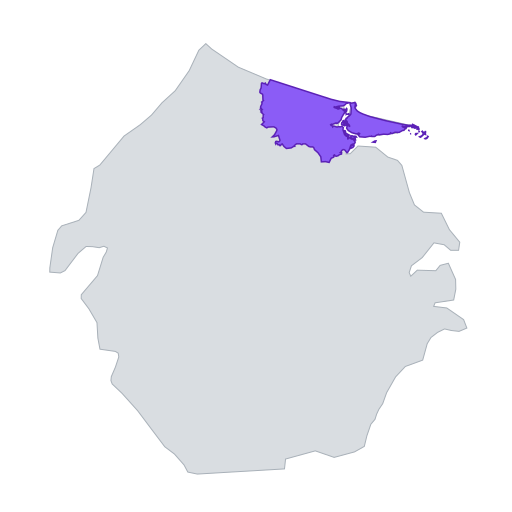 Bonthe, Southern, Sierra Leone shown in context, rotated 177°
{"feature_id": "65957751B90425188102960", "entity_name": "Bonthe", "entity_type": "district", "adm_level": 2, "iso_a3": "SLE", "parent_name": "Sierra Leone", "parent_adm1": "Southern", "projection": "albers", "projection_center": [-12.539, 7.5], "detail": "fine", "context": "in_parent", "style": "filled", "palette": "violet", "viewbox_px": 512, "rotation_deg": 177, "n_neighbors": 0, "source": "geoboundaries", "source_scale": "gbopen_adm2", "svg_char_len": 7593}
<svg xmlns="http://www.w3.org/2000/svg" viewBox="0 0 512 512"><g transform="rotate(177 256 256)"><path d="M462.8,250.7L462.5,255.0L458.6,274.9L452.5,292.1L448.4,296.3L431.0,300.9L423.5,308.4L417.2,332.7L413.2,351.8L407.2,355.0L381.5,382.7L364.7,393.2L353.0,402.2L341.9,413.9L328.0,425.3L313.0,444.6L302.3,464.5L295.0,470.7L289.5,465.1L263.8,445.5L236.8,432.4L179.2,410.4L160.0,404.2L160.7,396.4L167.3,382.2L156.6,365.4L160.7,353.2L156.6,353.2L148.4,360.5L130.8,358.4L119.2,347.9L109.7,344.1L105.6,338.8L99.5,311.2L95.1,298.7L86.4,291.0L68.7,289.0L61.5,272.2L51.8,259.1L53.4,251.1L61.3,251.5L67.5,257.4L77.6,259.8L90.1,245.7L101.3,238.1L103.9,231.4L102.5,227.7L95.7,233.4L77.2,231.9L72.6,237.0L64.3,238.7L57.9,222.1L58.2,212.4L60.9,201.7L79.6,199.9L81.2,196.4L68.2,194.1L52.0,181.6L49.2,173.0L57.2,170.1L64.9,171.4L71.5,173.3L78.7,170.2L85.5,165.5L89.6,159.5L95.0,143.3L112.6,137.9L122.9,128.0L132.7,112.7L137.2,101.9L141.3,96.5L143.8,91.8L145.7,86.7L150.1,82.0L154.7,70.6L157.8,60.2L167.9,55.2L188.5,50.8L207.0,58.3L237.1,51.7L238.7,41.9L266.2,41.7L298.9,41.5L326.0,41.3L335.4,43.8L338.8,51.1L347.8,62.5L357.1,70.3L368.8,87.6L382.3,107.7L397.0,125.9L406.3,135.7L407.4,139.2L406.8,143.1L402.2,152.4L398.3,162.4L398.7,166.2L401.5,168.1L416.7,171.1L418.2,182.3L418.3,197.8L425.7,212.1L432.8,222.7L432.5,226.5L415.3,244.7L408.7,262.7L405.3,267.8L403.9,271.8L407.4,273.7L412.1,272.5L418.8,273.9L425.2,274.4L433.6,267.9L447.5,251.4L452.3,249.3L462.8,250.7ZM154.4,397.3L152.4,400.9L143.3,392.0L95.8,378.5L109.2,371.4L142.2,369.4L151.9,373.5L156.3,377.0L157.9,383.5L154.4,397.3Z" fill="#d9dde1" stroke="#a8b0b8" stroke-width="1"/><path d="M242.1,390.8L240.7,389.6L243.6,387.0L241.5,385.7L240.1,384.3L238.5,383.4L237.2,384.1L231.5,384.1L229.5,382.9L228.5,381.4L228.7,380.1L231.2,376.1L233.5,374.1L231.8,374.1L227.3,375.2L226.1,370.8L226.1,369.9L226.9,369.1L227.4,368.9L229.5,369.5L230.3,369.3L230.8,367.9L230.4,366.8L230.1,367.3L229.3,367.4L228.9,367.1L228.3,365.9L227.0,365.9L226.3,364.9L225.7,365.0L224.9,366.2L223.9,366.5L222.3,363.9L220.0,361.8L215.2,362.1L212.6,363.5L212.0,363.5L212.3,363.8L211.6,364.5L209.7,365.9L206.0,365.7L204.8,364.8L204.2,364.8L203.4,365.5L200.7,365.4L197.5,362.6L195.9,362.1L193.7,362.0L192.7,361.3L192.0,359.1L188.7,355.9L186.1,351.7L185.8,346.6L181.6,346.6L178.1,345.6L175.8,349.7L173.3,350.6L172.9,351.7L173.2,352.2L172.5,352.9L172.2,352.8L171.9,351.8L170.6,351.4L168.6,351.9L167.3,352.9L165.3,353.3L165.1,354.7L166.2,355.0L165.5,355.5L164.9,356.8L163.6,357.7L162.5,357.6L161.7,357.1L159.9,354.5L159.3,354.4L157.3,357.2L155.5,361.7L153.9,362.6L151.8,363.0L150.9,364.6L152.9,367.5L154.7,367.8L156.5,369.6L157.5,368.3L158.2,368.2L158.2,370.4L159.7,371.0L161.2,372.6L162.4,376.9L162.5,378.0L162.1,379.7L163.1,380.8L163.7,381.0L165.0,380.5L166.8,380.9L168.3,380.5L171.7,381.7L172.6,380.9L172.9,381.9L174.2,382.5L174.6,383.2L173.8,383.7L173.0,383.4L169.1,384.7L168.8,384.2L167.7,384.3L166.0,385.6L163.9,387.6L163.2,389.8L159.5,395.5L161.1,396.9L162.8,398.8L163.7,399.1L166.4,398.4L167.4,399.1L169.9,400.1L170.2,400.4L170.0,401.0L169.0,400.6L165.7,401.3L161.2,401.4L159.4,402.2L157.8,403.7L156.2,403.8L155.0,404.4L164.3,406.0L172.9,408.6L232.5,431.3L235.5,426.1L237.0,426.8L237.6,428.2L238.8,427.6L240.9,428.6L241.5,428.1L242.0,424.2L242.3,423.1L243.1,421.9L243.6,419.4L243.1,418.5L241.1,417.3L240.8,416.3L240.9,411.6L240.4,410.9L242.3,409.4L241.9,408.8L242.3,407.2L243.5,405.1L243.8,403.1L243.0,403.1L242.9,402.4L242.3,402.1L242.6,401.9L242.7,401.0L243.4,401.2L242.8,400.5L243.5,399.7L242.7,399.3L243.0,399.0L242.6,398.5L241.0,396.8L241.3,396.5L241.5,395.7L241.6,393.8L242.5,393.3L242.1,392.4L242.1,390.8ZM146.2,369.6L140.7,368.9L136.2,369.6L134.8,369.4L134.3,369.7L134.1,369.3L131.5,369.1L130.5,369.5L129.6,370.3L127.2,371.1L126.8,370.5L122.2,371.0L118.2,370.5L115.6,371.0L115.2,372.0L113.8,371.1L110.7,372.3L109.1,372.2L108.4,371.8L108.1,372.1L106.7,371.9L103.0,373.7L101.8,373.7L99.8,375.7L102.9,377.3L103.4,378.6L102.8,377.8L100.5,377.3L99.3,377.8L96.2,377.2L94.8,378.0L94.8,378.5L97.2,378.6L103.1,379.9L119.6,384.4L135.0,389.3L141.8,392.2L144.9,393.8L147.3,395.5L147.4,395.0L147.3,395.5L149.2,398.2L149.5,399.2L148.6,403.3L149.9,404.0L153.8,403.5L154.2,403.0L153.1,398.7L153.8,392.8L154.8,391.6L157.5,389.7L158.0,388.8L158.6,388.9L159.2,388.0L159.1,387.5L159.4,387.5L159.5,387.2L159.1,386.2L158.8,386.4L158.6,385.8L158.0,385.7L157.7,383.7L156.3,382.3L155.8,381.5L155.8,380.6L156.1,380.6L156.6,381.6L157.5,381.9L158.7,379.5L158.8,378.8L157.3,376.5L153.8,374.1L150.2,372.9L148.8,372.7L147.0,373.4L146.1,372.9L146.3,372.4L147.7,371.7L147.3,371.1L146.2,369.6ZM154.8,371.0L155.1,370.5L154.7,369.1L152.5,368.0L151.5,366.6L150.5,366.6L150.8,368.4L152.5,370.4L153.6,371.0L154.8,371.0ZM91.8,376.1L91.0,375.4L90.6,375.4L90.8,376.0L90.7,376.4L91.4,377.3L93.2,377.9L92.9,378.5L92.6,378.5L92.9,377.9L91.9,378.5L91.2,378.2L92.0,377.8L91.5,377.9L91.2,377.4L90.4,377.4L89.7,376.8L89.7,377.1L89.5,376.6L90.1,375.8L89.4,375.7L89.2,376.4L88.4,376.8L92.8,379.3L94.0,377.1L93.7,377.0L93.5,376.1L91.8,376.1ZM82.7,369.1L83.2,368.2L84.4,367.2L86.4,366.5L85.7,366.0L84.8,366.4L81.9,368.8L81.3,369.1L80.9,369.0L80.9,369.3L80.8,368.7L81.4,369.0L80.3,368.5L80.6,370.6L80.4,371.3L80.3,370.8L80.1,370.9L80.2,371.4L80.5,371.4L80.7,370.7L81.4,370.6L83.0,371.1L83.4,371.9L83.8,371.6L82.8,370.3L82.7,369.1ZM155.8,358.5L153.6,359.3L152.3,360.8L152.4,361.5L153.4,361.7L155.4,361.1L155.8,358.5ZM162.5,385.4L162.6,384.9L163.4,384.6L163.7,383.2L163.6,382.8L162.3,382.2L161.1,383.1L161.8,384.9L162.5,385.4ZM159.7,371.7L156.7,372.0L159.3,373.6L160.9,373.9L160.2,372.2L159.7,371.7ZM165.2,400.9L167.1,400.7L168.2,399.7L167.2,399.4L165.0,400.2L165.2,400.9ZM133.3,363.6L130.9,363.2L130.2,364.7L131.4,364.6L133.3,363.6ZM160.2,397.9L160.5,397.1L159.0,395.7L158.6,396.5L159.5,397.9L160.2,397.9ZM90.0,369.9L90.5,369.3L90.1,368.6L88.6,369.9L90.0,369.9ZM88.6,374.3L87.2,374.0L87.3,375.5L87.6,374.8L88.2,375.3L88.6,374.3ZM161.1,376.6L161.3,375.9L160.2,374.9L160.1,375.8L160.4,376.4L161.1,376.6ZM78.6,365.4L81.2,364.5L81.3,364.4L80.6,364.1L79.7,364.3L78.9,364.8L78.6,365.4ZM160.3,385.5L160.2,384.6L159.5,383.5L159.1,384.3L160.3,385.5ZM88.7,375.8L88.5,375.2L88.2,375.7L86.9,375.8L86.6,375.6L87.2,376.4L88.7,375.8ZM161.8,382.1L160.7,381.4L160.4,381.5L160.7,382.5L161.8,382.1ZM158.7,384.0L159.2,383.2L159.1,382.6L158.5,382.6L158.4,383.8L158.7,384.0ZM99.2,376.7L100.1,376.3L99.5,375.6L98.9,376.4L99.2,376.7ZM161.8,386.6L161.8,385.9L161.4,385.2L161.1,386.7L161.8,386.6ZM150.7,370.4L150.1,369.6L149.5,369.5L149.9,370.3L150.7,370.4ZM156.8,392.7L155.9,392.6L155.8,393.2L156.2,393.3L156.8,392.7ZM90.6,377.3L90.6,376.4L90.7,376.0L90.5,375.8L90.2,376.7L90.6,377.3ZM158.1,395.9L158.7,395.5L158.8,394.9L158.1,395.6L158.1,395.9ZM157.8,398.5L158.0,398.0L157.6,397.5L157.5,398.1L157.8,398.5ZM148.4,402.2L147.9,401.1L148.0,400.7L147.8,401.3L148.4,402.2ZM160.6,398.0L160.9,397.6L160.6,397.2L160.3,397.8L160.6,398.0ZM161.3,375.4L160.8,374.8L160.3,374.8L160.7,375.3L161.3,375.4ZM160.4,396.6L160.3,396.3L159.6,396.1L160.1,396.6L160.4,396.6ZM158.9,382.5L159.1,382.2L158.9,381.8L158.5,382.1L158.9,382.5ZM86.9,372.5L86.6,371.7L86.1,371.1L86.9,372.5ZM86.9,374.1L86.5,374.2L86.4,374.5L86.6,374.2L86.7,375.1L86.9,374.1ZM78.9,367.1L77.4,365.6L78.0,366.4L78.9,367.1ZM148.6,402.3L148.3,402.3L148.3,403.1L148.6,403.5L148.6,402.3ZM157.3,370.7L157.8,370.7L157.6,370.2L157.3,370.7ZM158.4,392.7L157.9,392.9L158.0,393.2L158.3,393.0L158.4,392.7ZM149.0,399.5L148.4,400.0L148.4,400.3L149.0,399.5ZM94.9,370.2L95.2,370.1L95.6,369.9L95.2,369.9L94.9,370.2ZM96.7,373.3L96.8,373.6L97.5,373.6L96.7,373.3Z" fill="#8b5cf6" stroke="#5b21b6" stroke-width="1.5"/></g></svg>